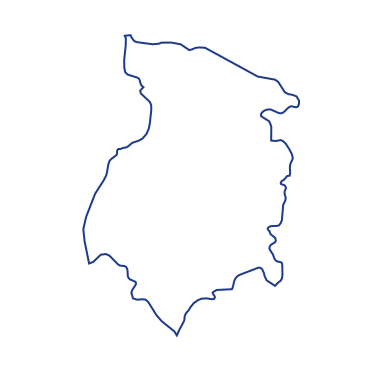 map outline of Marijampoles (Mercator projection), rotated 18°
{"feature_id": "LTU-1070", "entity_name": "Marijampoles", "entity_type": "County", "adm_level": 1, "iso_a3": "LTU", "parent_name": "Lithuania", "parent_adm1": "", "projection": "mercator", "projection_center": [23.274, 54.666], "detail": "fine", "context": "isolated", "style": "outline", "palette": "blue", "viewbox_px": 384, "rotation_deg": 18, "n_neighbors": 0, "source": "natural_earth", "source_scale": "10m", "svg_char_len": 2789}
<svg xmlns="http://www.w3.org/2000/svg" viewBox="0 0 384 384"><g transform="rotate(18 192 192)"><path d="M146.4,284.2L144.4,283.9L133.3,278.1L129.3,277.6L124.7,279.8L124.4,280.2L119.7,289.0L116.2,291.8L105.0,271.9L100.1,260.9L99.0,248.4L100.4,223.5L104.4,208.3L105.3,202.5L105.0,199.0L103.9,191.6L103.9,188.4L104.7,186.1L108.8,180.1L108.9,178.8L108.4,177.4L108.0,175.8L108.4,174.3L109.0,173.7L110.6,173.3L112.5,171.6L115.8,169.8L117.3,168.1L119.9,163.8L125.6,159.5L128.4,156.5L130.8,150.8L131.3,145.1L130.6,139.2L127.8,126.1L126.3,122.0L124.0,119.3L112.9,114.1L111.4,111.6L113.4,107.3L111.0,106.3L109.2,104.3L107.9,102.1L106.6,100.7L104.9,100.1L94.4,100.2L91.4,98.6L89.2,94.7L86.7,87.4L83.6,72.8L81.6,66.3L79.8,64.2L85.1,61.8L86.5,63.5L89.9,66.0L91.0,66.4L93.4,66.5L109.1,63.6L114.7,61.2L116.8,59.4L126.1,56.3L135.5,55.0L145.6,57.9L148.3,56.1L150.6,54.0L154.1,52.3L159.8,50.8L218.9,61.9L236.1,59.5L239.9,60.6L249.5,68.5L253.5,69.1L257.8,68.5L261.9,68.8L265.4,71.9L266.5,74.8L266.4,77.8L265.0,79.2L263.6,79.5L261.2,79.6L260.0,79.8L259.1,80.3L258.3,81.1L257.1,82.9L255.0,87.0L254.0,88.4L252.8,89.4L251.4,89.9L249.7,90.1L241.7,89.2L239.7,89.6L237.7,90.6L236.4,91.6L235.0,93.1L233.9,95.0L233.6,96.7L234.4,98.6L243.5,100.9L245.5,103.1L247.2,105.3L251.4,118.6L255.9,117.6L260.3,115.2L263.0,115.5L266.4,117.2L271.4,121.3L275.5,125.4L276.8,127.5L277.5,129.3L277.4,131.0L277.0,133.1L276.9,134.9L277.5,138.5L278.6,141.2L279.2,142.8L279.9,146.2L277.7,147.3L277.3,148.2L276.6,149.6L275.8,151.7L273.9,154.1L273.5,155.7L274.1,156.8L275.5,157.0L277.3,156.9L278.7,157.4L280.2,159.3L279.9,162.8L280.5,164.8L281.4,166.4L282.2,167.3L283.2,169.5L283.3,171.9L282.7,176.0L286.2,190.9L286.0,194.1L285.0,196.9L283.2,198.0L278.6,199.7L276.7,200.7L275.4,202.4L275.3,203.6L276.2,204.5L277.4,205.2L278.3,205.9L279.0,207.0L279.9,207.9L285.2,209.9L286.7,212.0L286.7,213.8L285.3,215.6L283.7,217.4L282.7,219.7L283.0,221.7L284.2,223.1L288.4,226.5L290.6,229.5L292.5,231.2L294.7,231.7L298.1,231.3L299.4,231.8L300.6,234.0L303.8,243.4L304.2,246.7L303.7,249.1L302.1,251.2L301.1,253.1L300.0,255.6L290.4,253.0L287.0,249.5L285.4,246.8L282.4,243.6L280.3,243.0L278.6,243.4L263.0,256.0L261.4,257.7L260.2,260.1L259.7,262.9L259.8,265.5L260.2,268.8L260.2,269.9L260.0,272.1L245.9,277.5L244.2,279.2L242.7,281.3L243.6,282.6L245.9,284.2L246.3,285.1L246.1,286.8L244.5,287.7L238.6,288.7L234.1,290.5L231.4,292.7L228.1,296.9L226.0,302.4L225.5,305.2L224.0,308.5L223.5,310.7L223.5,313.0L224.1,315.1L224.3,317.1L222.5,327.4L221.9,333.1L218.2,330.0L203.2,324.3L196.1,320.0L184.6,310.3L181.2,308.7L177.5,309.5L173.1,311.4L168.8,311.4L165.5,306.7L165.5,303.3L166.6,299.7L167.2,296.7L166.1,294.9L159.7,294.2L157.6,292.8L156.4,290.7L155.6,288.2L154.5,285.7L152.6,283.7L150.7,283.3L146.4,284.2Z" fill="none" stroke="#1e3a8a" stroke-width="2"/></g></svg>